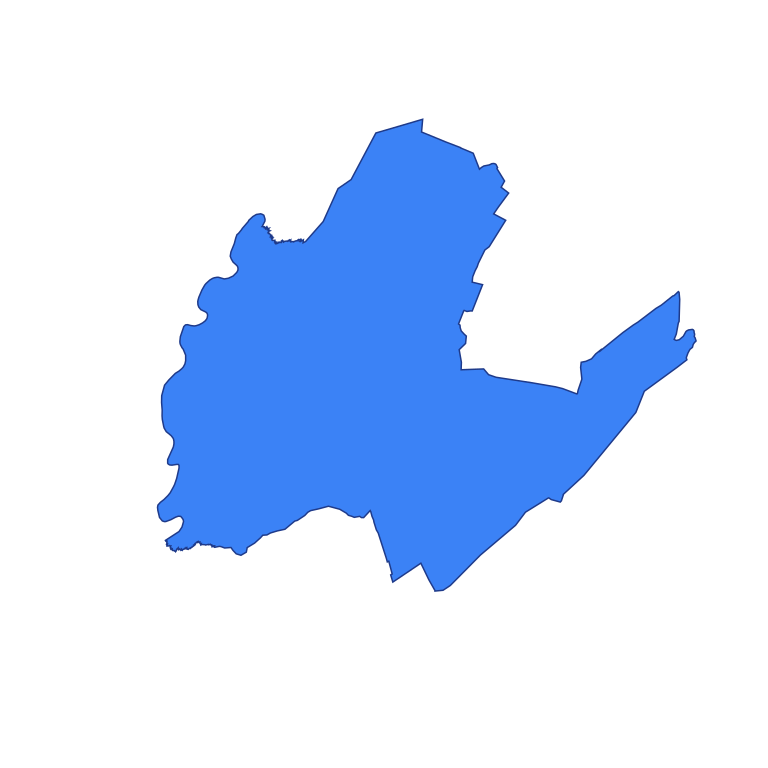 the district of Brenguļu pag., Beverinas, Latvia, rotated 312°
{"feature_id": "27541924B16745328743360", "entity_name": "Brenguļu pag.", "entity_type": "district", "adm_level": 2, "iso_a3": "LVA", "parent_name": "Latvia", "parent_adm1": "Beverinas", "projection": "equal_earth", "projection_center": [25.567, 57.531], "detail": "fine", "context": "isolated", "style": "filled", "palette": "blue", "viewbox_px": 768, "rotation_deg": 312, "n_neighbors": 0, "source": "geoboundaries", "source_scale": "gbopen_adm2", "svg_char_len": 6159}
<svg xmlns="http://www.w3.org/2000/svg" viewBox="0 0 768 768"><g transform="rotate(312 384 384)"><path d="M121.5,326.2L121.2,327.2L121.3,327.6L122.0,327.8L121.7,328.2L120.6,328.9L120.6,329.4L119.3,329.6L118.9,330.4L119.6,330.5L118.4,331.2L120.1,332.8L120.6,332.9L120.6,333.5L121.0,333.9L119.9,334.2L119.3,334.7L119.6,335.5L118.8,335.7L118.5,336.3L118.5,336.6L119.7,337.0L119.2,337.4L118.9,338.4L120.0,339.9L119.8,340.5L120.2,340.9L120.0,341.3L121.2,341.2L122.4,340.5L124.5,340.7L123.4,341.6L123.3,342.2L124.7,342.5L124.4,342.9L124.5,343.6L125.0,343.9L125.8,343.9L125.7,344.1L125.1,344.4L125.4,344.5L125.1,344.8L125.3,345.4L126.1,345.1L126.8,345.6L128.4,345.9L128.1,346.3L128.7,346.7L130.0,346.4L130.0,346.7L130.4,346.9L130.1,347.1L129.1,347.0L129.4,347.4L130.0,347.3L130.1,347.6L130.0,347.9L129.4,347.8L129.5,348.2L130.1,349.2L131.6,349.3L132.1,350.1L132.8,349.9L133.0,350.2L134.7,350.6L135.0,350.3L135.7,350.8L137.1,351.0L136.8,350.7L137.0,350.3L138.4,351.0L138.7,350.4L139.0,350.3L139.8,350.7L140.8,350.6L141.2,351.1L141.7,350.8L142.1,350.9L142.3,351.1L142.0,351.5L142.8,351.5L142.5,352.6L143.2,352.7L143.4,352.9L143.0,353.1L142.4,354.1L143.0,354.7L142.3,354.8L142.2,355.0L142.5,355.4L142.0,355.7L142.9,356.1L144.8,358.5L144.9,359.1L147.3,360.8L147.2,361.3L148.7,362.2L148.4,362.7L149.2,363.6L148.4,364.3L148.6,364.8L148.1,365.2L148.7,365.5L149.4,365.3L150.4,366.4L149.2,366.9L149.3,367.4L153.2,370.3L154.1,371.7L155.5,375.3L160.1,379.7L159.3,383.1L158.9,387.8L161.0,392.3L166.9,394.2L170.9,391.8L179.2,394.3L186.8,395.1L190.5,395.1L193.5,398.0L197.3,399.3L203.4,403.0L209.8,407.6L222.4,409.4L224.7,410.9L233.3,413.1L237.7,413.2L240.8,414.2L247.4,418.9L256.0,424.5L261.3,434.9L262.8,442.4L262.6,445.4L264.1,448.5L265.0,451.1L269.4,454.5L269.6,456.6L271.1,458.3L280.7,458.4L280.2,459.7L277.6,463.7L276.0,467.2L274.6,469.0L270.5,475.9L269.4,479.4L256.0,502.4L254.0,505.5L255.5,506.1L255.4,506.3L248.3,517.2L246.6,516.7L242.7,523.1L275.5,531.3L268.5,548.4L264.5,560.4L264.3,560.5L270.2,565.9L278.7,568.1L321.4,570.1L367.0,576.3L383.4,574.9L409.3,582.4L409.7,582.9L410.0,585.6L414.2,594.0L415.9,594.0L421.7,591.4L421.9,591.1L449.9,593.7L531.4,590.2L552.8,582.3L592.3,590.6L604.7,592.9L605.5,591.4L606.1,590.9L610.6,589.1L614.4,588.2L617.6,588.7L620.3,587.3L623.1,586.9L623.8,587.2L624.8,587.1L626.5,584.3L626.8,582.9L628.9,581.5L629.7,580.1L630.9,578.9L631.2,577.7L630.9,576.6L627.9,574.1L626.0,573.4L625.0,573.3L619.8,574.5L614.5,573.8L612.1,572.2L611.7,571.5L611.3,569.8L616.7,567.8L626.3,561.9L628.0,561.4L644.8,547.1L649.6,541.9L649.6,540.9L643.7,540.4L642.6,539.7L628.1,537.3L622.1,535.5L599.9,531.3L594.6,529.8L582.0,527.1L553.5,522.6L554.2,522.2L548.0,521.2L541.6,521.4L536.0,518.9L532.1,516.0L527.8,519.1L520.0,527.8L509.3,532.4L506.2,534.2L505.6,533.8L500.1,519.8L496.7,513.4L484.2,493.6L464.0,462.8L460.9,455.5L461.9,448.0L446.2,431.8L451.9,427.0L459.8,416.9L468.7,417.5L474.7,413.1L474.7,410.4L475.1,405.9L476.8,403.0L478.6,401.1L478.5,399.2L491.4,394.4L492.3,394.3L493.4,397.1L496.2,399.4L497.3,400.7L523.8,390.8L518.7,381.4L523.0,378.2L529.2,375.9L533.5,374.8L536.9,373.3L551.1,369.3L556.4,370.3L587.1,364.9L583.8,351.7L591.9,350.6L609.3,348.9L608.6,339.4L615.5,337.8L619.6,323.9L620.0,323.6L620.8,323.6L622.0,320.7L622.1,319.7L621.4,318.1L619.9,316.7L617.2,315.6L612.8,312.3L610.1,311.5L607.5,311.2L615.2,295.9L610.7,283.0L610.9,282.8L605.0,267.4L596.4,243.3L606.6,235.6L565.1,210.0L513.9,222.8L498.5,219.1L464.1,230.1L437.5,230.4L434.8,229.4L437.2,227.6L433.7,226.5L433.6,226.2L435.0,226.3L435.3,225.9L436.1,225.6L436.1,225.3L434.6,225.1L434.5,224.9L434.7,224.5L434.4,223.9L433.7,223.7L433.1,224.3L432.9,224.1L433.2,223.7L432.3,223.5L430.9,222.4L429.1,221.7L429.1,221.2L427.4,219.7L427.8,219.5L427.3,219.0L427.4,218.6L428.4,218.2L427.8,218.0L427.9,217.4L426.6,217.4L426.6,216.8L425.4,216.8L424.9,215.8L423.3,214.6L422.4,214.4L422.9,213.7L422.5,213.2L422.8,212.3L421.6,212.1L421.3,212.9L420.6,213.1L420.2,212.9L420.3,212.3L419.4,211.7L419.3,211.0L418.9,210.9L418.5,211.3L417.6,210.7L417.1,210.7L416.9,210.4L417.3,209.9L415.9,210.0L415.7,209.6L415.9,209.4L415.8,208.9L417.1,208.4L416.4,207.7L417.8,206.8L416.3,205.3L416.0,204.9L416.1,204.2L416.7,203.8L418.1,203.7L417.3,203.0L418.4,202.7L417.9,202.3L418.9,201.9L419.2,201.3L417.7,201.7L417.3,201.1L418.1,201.0L419.1,199.2L419.1,198.3L418.7,198.0L418.7,197.4L419.1,197.3L418.8,196.6L420.0,196.4L420.2,196.0L421.6,196.7L421.3,195.9L421.6,195.4L421.5,195.1L421.0,195.0L420.7,194.3L422.6,194.3L420.9,193.2L421.0,193.0L422.1,192.7L422.5,191.7L421.9,191.7L421.8,192.4L421.5,192.5L420.0,192.2L420.2,191.7L420.7,191.4L420.1,190.4L421.4,190.1L420.9,190.0L419.5,188.1L420.1,188.1L420.6,187.8L425.4,186.5L426.9,185.3L429.0,181.8L428.7,180.2L428.0,178.5L424.6,175.7L420.7,174.5L415.1,174.0L414.1,174.4L404.8,174.6L403.0,174.9L398.5,175.1L396.6,174.8L393.4,176.1L388.2,178.8L379.7,181.9L376.1,184.2L374.7,186.9L373.6,190.3L373.6,194.6L373.5,196.0L373.1,197.0L372.4,198.0L370.8,199.3L368.4,199.9L363.2,199.6L358.5,197.6L355.2,195.0L352.6,189.7L351.7,188.6L349.4,186.8L347.7,185.9L344.7,185.0L339.5,184.5L337.5,184.6L332.0,185.8L324.7,188.3L322.2,189.5L320.7,190.4L318.4,192.7L317.2,194.9L316.7,198.1L318.2,203.3L318.2,205.1L317.5,206.4L316.8,207.1L314.9,208.3L313.8,208.7L311.3,208.9L308.0,208.3L304.4,207.0L301.5,205.3L300.1,204.1L298.1,201.2L296.7,198.4L295.8,197.5L295.0,196.9L292.7,196.8L282.9,201.0L279.2,203.7L277.9,205.0L277.0,206.4L275.8,209.6L275.5,211.5L272.7,217.3L268.6,221.0L265.8,222.6L262.3,223.5L260.2,223.5L256.4,223.0L252.3,221.8L243.0,221.4L236.3,221.7L226.6,226.6L221.4,231.1L216.1,236.7L211.8,240.4L209.3,243.0L205.1,248.6L204.1,250.2L202.9,254.0L203.2,260.4L202.7,263.1L202.3,264.3L200.8,266.3L198.9,268.0L196.2,269.6L183.1,273.8L180.4,276.2L180.1,277.3L180.5,279.0L181.8,280.7L185.7,283.9L186.6,285.0L186.4,286.1L184.4,287.9L175.1,293.1L169.3,295.6L166.5,296.4L160.1,297.9L156.6,298.1L150.9,297.8L146.5,297.0L142.8,297.0L140.8,298.2L138.6,300.7L134.6,306.5L133.9,310.9L134.8,312.9L135.8,313.9L140.5,316.4L145.5,318.2L148.1,319.6L149.0,320.7L149.6,321.6L149.3,323.7L148.8,325.6L147.6,327.1L142.5,329.6L137.2,330.4L121.5,326.2Z" fill="#3b82f6" stroke="#1e3a8a" stroke-width="1.5"/></g></svg>